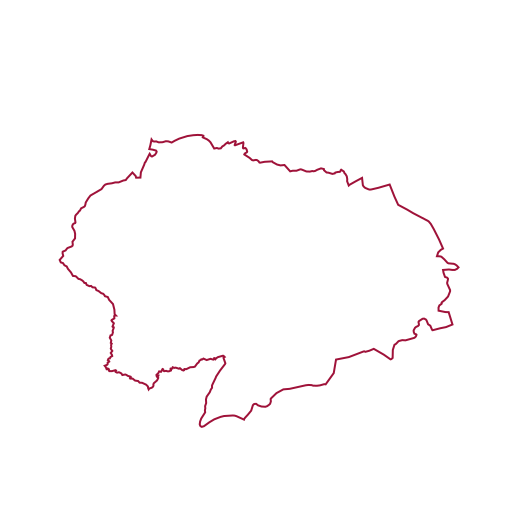 Tay Ninh, Tây Ninh, Vietnam (Mercator projection), rotated 248°
{"feature_id": "81297802B48058598464830", "entity_name": "Tay Ninh", "entity_type": "district", "adm_level": 2, "iso_a3": "VNM", "parent_name": "Vietnam", "parent_adm1": "Tây Ninh", "projection": "mercator", "projection_center": [106.126, 11.366], "detail": "fine", "context": "isolated", "style": "outline", "palette": "rose", "viewbox_px": 512, "rotation_deg": 248, "n_neighbors": 0, "source": "geoboundaries", "source_scale": "gbopen_adm2", "svg_char_len": 6059}
<svg xmlns="http://www.w3.org/2000/svg" viewBox="0 0 512 512"><g transform="rotate(248 256 256)"><path d="M169.6,439.5L172.1,438.5L173.6,437.5L174.7,436.4L177.1,431.7L177.9,431.0L182.5,429.3L185.9,427.6L186.8,426.4L188.0,423.7L191.1,426.3L192.5,429.7L192.8,432.2L202.7,431.9L214.3,430.9L220.2,430.1L223.3,429.1L224.2,428.5L236.9,417.7L242.3,413.6L250.2,407.0L259.3,406.6L272.2,406.7L273.4,394.9L274.5,387.9L274.9,386.4L275.7,385.3L278.3,382.7L280.2,381.8L281.6,381.6L288.7,383.6L287.9,376.3L287.0,369.5L286.6,368.4L291.2,368.5L293.1,369.4L295.9,370.0L298.6,369.6L299.5,369.1L301.4,369.1L304.1,367.3L303.9,366.8L302.9,365.9L302.6,365.2L303.2,363.6L303.6,361.3L303.6,360.6L303.1,360.0L303.5,357.6L306.1,354.4L307.0,352.7L310.0,351.2L311.2,351.5L312.9,349.1L313.0,345.0L312.7,342.7L313.0,341.1L313.7,340.0L314.1,337.5L315.5,334.4L318.7,331.1L319.6,330.0L319.8,329.0L319.9,325.4L321.3,322.0L321.7,319.4L329.7,316.5L330.8,312.7L332.9,309.8L336.8,306.6L337.7,306.4L340.1,299.3L341.0,294.7L341.4,294.2L343.1,293.8L344.7,292.7L345.2,291.7L345.7,289.2L346.5,288.2L349.4,286.8L354.5,283.2L355.2,283.9L355.6,286.4L356.0,286.9L358.3,287.2L359.8,286.8L360.3,286.4L360.3,285.0L360.6,284.5L360.9,284.4L361.7,284.6L365.5,286.7L366.2,286.7L366.5,278.0L366.8,277.8L367.4,278.2L369.5,280.1L370.3,280.0L370.6,278.6L370.4,273.3L371.0,272.5L372.0,272.5L371.4,269.9L370.5,267.8L370.2,265.8L369.0,263.7L369.6,261.5L370.8,260.2L371.3,257.5L378.5,256.4L380.7,255.5L382.7,254.2L385.8,251.2L386.0,251.1L386.7,252.1L387.2,252.3L388.4,250.9L390.1,247.3L391.5,243.1L392.9,237.3L393.6,228.8L393.3,223.9L392.8,220.3L395.2,217.5L396.2,215.4L396.5,212.0L397.8,208.4L399.7,206.3L400.0,205.1L400.8,203.7L401.2,203.3L403.2,202.8L398.2,199.5L395.1,197.1L393.2,200.2L391.2,202.8L390.1,203.0L389.2,202.4L387.7,200.3L387.2,196.9L387.5,196.4L388.3,196.0L390.6,195.7L390.3,195.3L384.5,188.7L384.3,188.0L382.5,186.5L376.7,180.6L372.0,178.2L373.5,174.2L375.2,174.4L379.7,172.7L376.3,165.4L375.2,163.7L375.7,161.3L375.7,156.2L377.0,152.9L377.4,149.6L378.5,145.4L378.7,143.1L378.1,141.3L375.9,137.8L374.1,125.2L372.3,122.1L369.4,118.2L367.5,117.0L366.3,115.9L366.0,115.0L365.7,111.7L364.0,109.7L363.8,108.7L362.6,106.9L361.6,104.5L360.9,103.5L358.5,102.1L354.8,101.2L354.3,100.7L354.3,99.0L353.9,98.0L352.6,96.8L351.5,96.5L347.3,97.1L344.3,96.6L340.1,94.8L338.0,91.2L335.2,90.4L334.3,89.8L333.9,88.6L334.0,84.5L333.8,83.7L332.5,81.5L332.4,78.4L331.1,77.7L328.3,77.3L325.9,72.5L323.2,72.6L321.7,74.4L319.2,74.9L317.2,76.6L314.6,76.8L310.1,78.3L306.1,78.8L305.0,80.9L304.4,81.5L301.3,82.8L300.3,84.3L298.6,85.6L297.1,86.4L295.3,86.8L294.6,88.2L293.1,88.1L292.6,88.2L290.4,90.3L290.0,91.9L288.2,92.7L287.1,94.9L286.4,95.2L284.2,95.2L282.5,96.9L279.5,98.6L278.3,100.1L276.9,100.7L275.3,100.9L273.5,103.2L270.3,103.4L265.0,105.4L259.3,104.6L255.2,103.2L254.5,103.3L253.3,103.8L253.8,102.5L253.4,102.0L251.2,101.3L250.8,98.5L250.5,97.9L249.7,97.9L246.9,99.0L244.3,96.5L243.9,96.6L243.2,97.4L242.8,97.3L240.3,95.0L238.9,94.8L236.9,93.2L236.7,92.8L236.9,91.4L235.0,89.8L231.9,90.2L229.8,88.8L228.8,89.4L227.8,88.3L226.0,87.8L224.6,86.7L223.8,86.7L221.8,87.2L220.5,85.0L218.2,85.4L217.1,85.2L216.9,83.3L215.8,82.1L216.1,81.3L216.0,80.7L214.9,79.6L213.5,80.4L213.1,80.4L212.7,78.5L211.4,78.0L210.9,77.2L210.9,74.6L209.2,75.1L206.9,75.1L206.7,75.6L207.3,76.1L207.3,76.4L206.1,77.2L204.8,76.7L204.2,76.9L203.2,79.3L202.8,82.9L202.3,83.3L201.6,82.4L201.1,82.4L199.9,83.5L199.6,85.2L199.2,85.8L197.5,87.2L195.7,87.5L195.1,90.4L194.2,91.4L193.0,92.1L191.1,94.5L190.7,94.6L190.0,93.4L189.4,93.5L188.5,95.7L185.8,97.2L184.2,99.9L182.2,100.6L181.1,102.9L177.9,105.9L175.5,106.9L173.9,106.5L172.5,106.5L173.1,107.4L172.9,110.0L173.5,111.7L174.3,112.4L175.5,112.8L176.3,113.6L177.7,117.6L179.3,119.5L180.2,119.9L180.7,119.1L181.1,119.0L181.8,120.4L182.5,119.0L183.1,119.2L183.9,121.4L185.3,123.0L184.2,124.5L186.2,127.0L185.7,127.5L184.2,127.3L183.6,127.7L183.2,129.6L182.2,130.8L181.7,132.0L181.7,134.3L182.2,134.5L183.1,134.3L183.6,134.6L183.6,135.0L183.0,136.3L184.0,137.1L182.8,138.5L182.6,139.7L180.3,142.4L180.5,143.4L177.9,144.8L177.0,145.9L177.1,146.6L177.9,147.0L178.0,147.3L177.2,149.0L177.5,153.3L176.4,156.6L176.3,157.9L178.4,161.3L178.8,162.9L180.2,164.4L180.3,166.0L180.7,166.6L180.2,167.5L180.6,168.8L178.0,171.3L177.7,175.3L175.9,177.6L176.0,178.1L177.0,179.0L176.8,179.4L175.5,179.6L176.2,181.2L176.5,182.9L175.9,188.1L174.8,188.9L174.2,189.1L174.2,188.4L173.8,187.7L168.0,187.4L167.4,186.8L163.3,179.8L159.2,173.9L158.0,172.8L152.9,167.2L152.2,166.6L150.3,165.9L149.1,164.1L147.0,162.1L144.1,157.6L141.8,155.9L138.3,154.7L135.9,152.6L133.7,151.9L132.0,150.8L130.1,150.3L125.8,144.3L123.5,142.2L121.1,140.8L120.3,140.7L119.0,140.8L117.9,141.7L117.7,144.0L119.3,150.5L120.2,156.1L120.1,162.9L119.6,166.4L116.8,174.8L116.0,176.4L114.8,177.9L108.8,183.6L109.5,184.2L110.2,185.4L111.8,188.8L114.4,193.6L118.8,197.2L119.4,198.4L119.3,199.6L118.8,200.8L116.8,201.9L114.4,204.7L112.7,208.2L112.6,210.1L113.2,212.5L113.7,213.7L115.6,215.3L117.9,216.0L118.4,216.7L121.2,223.6L122.1,231.4L120.2,237.5L117.5,253.7L116.8,256.3L115.5,259.1L114.4,260.4L112.9,263.8L112.1,266.8L111.6,271.3L110.9,272.5L118.3,284.2L130.0,291.4L127.5,304.2L127.2,319.4L127.1,320.6L126.2,321.5L125.7,325.6L125.8,330.4L116.7,337.5L109.8,342.0L109.7,342.9L110.3,344.5L117.7,347.7L121.8,351.1L122.1,352.9L123.6,356.2L123.6,357.0L123.2,360.1L121.8,363.0L120.8,372.1L121.1,373.3L121.7,374.3L122.8,375.3L123.3,375.2L124.6,373.8L126.5,373.8L128.0,374.3L129.9,376.6L130.3,378.0L130.4,380.0L131.0,381.2L132.1,381.6L133.9,381.9L134.6,382.8L135.4,386.9L135.0,388.4L133.5,389.7L132.4,390.0L128.2,390.0L126.1,391.5L122.0,391.6L121.1,391.8L121.0,392.0L120.0,399.7L118.9,405.5L118.9,412.5L131.8,413.6L133.0,410.7L136.9,404.8L139.8,405.9L141.5,407.5L142.1,410.1L142.4,410.4L142.9,410.4L143.5,411.1L144.4,414.4L146.5,418.9L150.5,422.7L151.7,423.2L158.6,422.9L159.6,423.2L162.2,425.1L163.1,425.5L164.3,425.1L165.8,423.4L170.2,423.6L173.0,424.2L171.2,429.9L169.7,432.5L168.6,435.1L168.8,437.7L169.6,439.5Z" fill="none" stroke="#9f1239" stroke-width="2"/></g></svg>